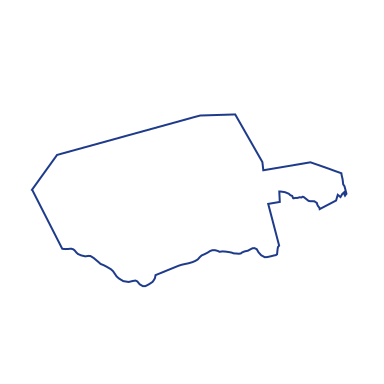 the district of Morne Panache, Dennery, Saint Lucia, rotated 63°
{"feature_id": "8701671B87673640484733", "entity_name": "Morne Panache", "entity_type": "district", "adm_level": 2, "iso_a3": "LCA", "parent_name": "Saint Lucia", "parent_adm1": "Dennery", "projection": "albers", "projection_center": [-60.933, 13.923], "detail": "fine", "context": "isolated", "style": "outline", "palette": "blue", "viewbox_px": 384, "rotation_deg": 63, "n_neighbors": 0, "source": "geoboundaries", "source_scale": "gbopen_adm2", "svg_char_len": 1762}
<svg xmlns="http://www.w3.org/2000/svg" viewBox="0 0 384 384"><g transform="rotate(63 192 192)"><path d="M286.3,146.0L286.1,144.5L281.8,141.7L280.1,140.4L279.3,138.7L237.2,129.5L240.7,118.3L231.2,114.0L232.1,112.4L234.4,109.2L237.3,106.7L238.0,106.3L239.4,105.9L241.0,104.5L243.4,104.7L243.8,104.3L244.1,102.8L245.2,100.6L245.5,98.6L246.6,96.9L246.4,95.7L247.0,94.9L248.6,94.1L252.8,92.2L253.7,91.1L255.8,87.2L258.6,85.7L260.0,86.1L261.5,86.1L262.6,85.9L263.9,85.6L265.2,86.0L265.0,67.5L260.7,63.4L263.9,62.0L262.0,59.0L261.3,56.5L262.3,57.0L263.5,57.3L264.7,57.3L264.1,56.2L263.7,55.2L256.1,53.5L255.7,53.6L253.8,53.8L248.9,52.0L244.8,51.0L243.1,50.4L239.4,53.9L238.6,54.7L233.6,59.3L219.3,73.0L205.0,118.6L197.3,115.7L184.6,116.3L142.5,118.3L127.7,149.7L127.6,149.9L126.3,155.9L112.3,224.2L97.7,295.4L117.4,333.6L117.7,333.4L183.6,333.4L184.6,332.1L185.4,330.6L186.5,328.3L187.6,325.5L189.2,323.8L190.7,323.1L193.4,322.5L195.4,321.8L198.1,319.6L200.9,316.3L202.0,313.1L203.0,311.5L206.1,309.6L212.0,307.1L214.6,306.1L217.0,304.0L219.8,302.0L224.0,299.3L226.7,298.3L233.0,297.5L236.0,296.3L240.2,293.7L243.4,289.3L244.5,284.8L245.3,282.5L246.9,281.3L250.5,280.5L253.6,278.5L254.7,276.3L254.7,272.5L254.2,268.0L253.4,266.4L252.0,264.2L249.5,262.2L251.6,237.5L252.1,234.4L252.8,231.6L253.9,227.6L254.7,223.4L254.9,220.4L254.7,217.4L253.6,214.7L252.9,212.2L253.1,209.1L253.1,205.4L252.8,202.8L253.1,200.3L254.4,197.8L256.2,195.8L257.8,194.6L258.7,191.9L260.5,188.9L262.5,186.1L263.9,184.3L265.7,182.6L267.0,180.3L268.3,178.3L268.9,176.4L268.6,174.8L268.8,172.1L269.7,168.8L269.6,166.6L269.6,163.6L270.4,161.8L272.3,160.3L275.9,160.1L279.7,159.1L283.1,156.8L284.1,154.6L285.1,150.8L285.7,148.0L286.3,146.0Z" fill="none" stroke="#1e3a8a" stroke-width="2"/></g></svg>